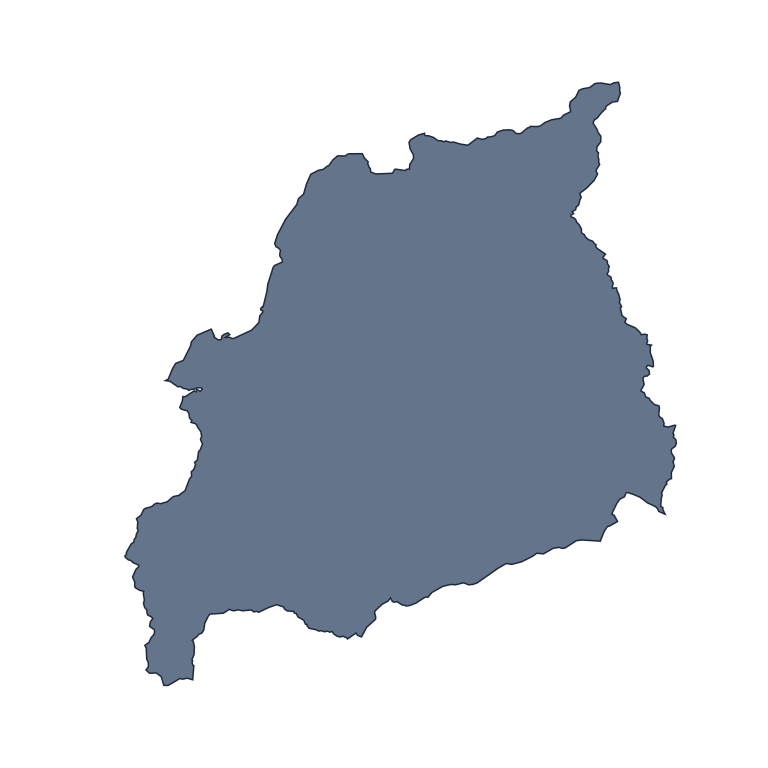 outline of Reghiu, Vrancea, Romania, rotated 348°
{"feature_id": "2599482B22331629819440", "entity_name": "Reghiu", "entity_type": "district", "adm_level": 2, "iso_a3": "ROU", "parent_name": "Romania", "parent_adm1": "Vrancea", "projection": "natural_earth1", "projection_center": [26.855, 45.811], "detail": "fine", "context": "isolated", "style": "filled", "palette": "slate", "viewbox_px": 768, "rotation_deg": 348, "n_neighbors": 0, "source": "geoboundaries", "source_scale": "gbopen_adm2", "svg_char_len": 6154}
<svg xmlns="http://www.w3.org/2000/svg" viewBox="0 0 768 768"><g transform="rotate(348 384 384)"><path d="M457.6,587.8L466.1,585.0L471.6,587.0L481.8,586.5L493.8,583.3L498.2,581.3L504.7,583.3L515.2,579.9L521.3,580.2L524.2,581.9L527.2,582.0L539.5,577.3L544.7,577.6L562.9,582.7L568.6,574.1L572.7,570.0L575.3,569.8L583.9,567.0L581.9,560.5L579.8,558.5L587.0,549.1L590.8,545.6L595.7,544.4L598.2,540.8L599.7,540.8L604.6,543.6L610.9,548.0L617.2,555.2L623.9,560.2L625.6,562.8L626.2,565.7L631.9,569.8L630.6,564.6L631.1,563.0L629.3,561.0L631.4,553.7L632.9,550.7L633.0,548.1L637.9,541.9L639.9,540.7L639.8,538.6L643.9,536.3L645.5,536.4L646.6,530.5L650.8,524.9L650.6,520.1L652.5,517.6L652.7,516.2L650.9,511.6L651.1,508.7L652.2,507.1L655.8,505.6L657.7,502.7L657.9,499.3L656.0,496.1L657.1,494.1L656.4,492.4L660.7,485.2L659.3,484.7L653.1,485.2L648.9,483.3L649.8,480.5L649.1,475.8L646.6,473.2L646.4,471.1L648.4,464.8L648.4,462.5L644.2,460.3L641.0,455.4L640.3,453.0L637.4,451.2L636.7,446.6L634.0,444.5L634.1,443.6L638.4,438.4L638.3,433.6L638.8,431.8L640.4,430.5L642.9,431.0L645.8,429.4L646.1,425.8L643.9,422.9L644.4,421.7L646.0,420.5L650.4,423.1L651.3,422.7L652.0,417.3L651.0,408.8L652.3,402.6L653.7,401.6L649.4,399.8L649.3,398.9L650.9,396.7L650.6,393.7L651.7,390.7L649.6,389.5L645.8,389.2L645.0,386.4L641.5,381.3L634.1,376.1L632.4,373.6L634.6,370.6L631.1,366.8L631.0,358.5L632.5,357.9L631.2,353.0L632.5,350.7L632.3,345.4L631.2,340.7L631.4,338.3L627.5,337.8L627.5,336.4L629.0,333.5L628.9,331.3L628.1,329.8L628.2,326.5L625.1,323.6L625.5,322.2L627.1,320.6L627.6,317.7L628.8,315.9L627.6,312.8L628.0,310.3L627.6,309.4L624.4,306.7L624.7,305.6L627.6,303.0L620.5,295.5L619.7,293.4L620.4,291.9L619.2,290.8L617.8,287.7L614.2,285.4L611.6,282.1L611.1,279.6L609.0,277.6L608.7,276.0L609.4,273.5L607.9,268.6L606.1,265.8L605.7,263.1L604.6,261.3L601.6,259.2L602.1,257.6L604.9,256.8L604.1,254.5L607.6,253.4L608.9,250.8L611.6,249.4L613.9,244.7L615.7,242.4L615.0,238.3L623.5,234.2L632.0,228.4L636.6,223.0L635.7,220.0L636.4,218.4L640.6,214.1L640.1,211.3L640.8,209.5L640.6,205.5L641.9,202.5L640.6,200.6L641.4,196.5L646.4,192.1L647.6,186.7L645.8,182.6L645.2,178.8L642.8,172.4L644.4,169.5L647.8,168.3L652.9,164.0L658.0,160.8L658.9,158.5L666.2,155.7L671.2,156.1L675.7,148.7L675.5,145.9L676.3,143.2L676.1,137.6L671.6,137.2L667.7,138.2L658.8,134.7L654.2,134.0L652.3,134.2L646.8,136.8L639.8,136.5L635.8,137.3L631.1,143.3L624.9,146.7L623.3,150.5L623.3,155.6L622.7,156.6L615.6,158.3L612.1,160.8L603.1,160.4L596.1,161.6L590.5,164.1L587.1,164.0L580.6,162.4L579.9,163.3L577.8,163.3L570.6,167.1L569.1,167.4L565.5,166.5L562.8,162.8L559.8,161.5L553.3,160.4L547.3,161.1L543.9,164.1L539.4,164.5L536.9,163.9L534.1,165.2L530.5,165.0L526.4,162.8L515.7,167.9L508.6,165.2L502.4,161.8L499.3,161.5L495.0,159.1L493.1,159.6L490.8,158.1L487.3,157.1L483.7,153.1L479.0,150.4L476.3,149.8L475.5,148.8L475.8,147.2L469.5,147.6L460.9,150.6L458.7,152.8L458.4,159.1L460.4,166.2L459.6,169.8L454.9,174.6L453.5,179.0L450.8,178.7L449.1,179.6L440.2,176.3L439.1,176.3L436.4,179.4L435.4,179.5L419.5,176.8L415.1,173.8L415.4,170.2L414.6,169.2L413.9,164.9L414.7,163.5L411.8,158.8L410.7,154.2L398.1,151.6L396.1,151.6L393.6,152.9L386.1,151.2L380.8,154.0L375.2,159.1L373.9,159.0L369.3,161.4L364.4,161.3L356.0,163.6L349.6,172.5L344.9,181.4L338.8,185.0L336.1,190.2L321.9,202.5L310.8,215.9L306.2,224.0L307.0,227.3L309.2,229.3L310.5,231.7L308.9,235.8L308.8,237.7L310.4,241.3L309.8,243.6L301.7,245.3L299.8,246.9L291.1,262.2L288.6,269.3L281.8,283.4L281.0,283.1L279.0,284.6L279.0,286.2L280.6,287.2L280.4,288.6L276.7,291.4L274.5,297.8L265.7,303.8L246.5,308.2L244.8,307.9L242.6,306.2L238.6,305.5L243.4,303.6L241.9,301.5L237.9,302.2L235.4,303.4L234.2,306.6L231.1,306.5L227.5,302.7L228.1,302.0L226.4,294.4L211.3,297.4L204.3,302.8L202.6,306.7L192.6,319.2L184.5,320.5L180.3,325.1L174.0,334.3L170.9,335.2L175.1,336.8L181.7,343.8L184.6,344.3L186.7,346.6L190.3,348.0L191.8,349.7L194.3,349.1L197.1,349.7L199.8,348.9L203.9,349.5L205.4,351.0L203.0,352.9L199.7,350.5L198.5,352.6L196.8,351.3L186.5,355.2L184.7,354.4L183.3,358.5L179.3,364.5L180.4,366.4L185.9,369.3L187.0,372.0L186.7,377.0L188.5,379.6L187.2,381.4L191.2,383.5L192.5,385.5L192.6,387.4L195.0,392.6L194.7,397.3L193.0,400.0L193.9,405.0L190.6,410.1L188.6,411.5L185.6,419.5L182.4,421.3L183.0,423.2L181.3,426.4L179.8,428.3L177.2,429.8L176.7,434.2L173.9,436.6L167.1,447.1L161.6,449.4L160.8,450.3L154.5,450.3L147.2,454.2L140.6,454.6L137.1,453.2L134.5,453.8L131.1,455.7L124.8,456.0L122.7,456.9L119.2,461.7L113.8,464.3L114.5,467.5L112.6,474.1L113.2,476.3L110.7,479.1L109.2,482.7L107.4,483.9L106.4,486.6L103.3,488.0L97.0,495.1L96.5,497.6L94.8,498.2L95.0,499.8L97.4,502.9L99.5,503.8L101.5,506.7L106.4,510.2L106.1,511.8L102.8,513.8L97.9,520.5L99.0,526.0L98.0,530.3L98.6,531.8L102.4,535.2L105.9,536.8L105.0,538.7L104.7,545.5L103.2,548.3L103.3,551.9L103.9,554.0L105.1,555.7L104.5,558.9L105.1,561.2L107.9,563.2L109.1,565.2L105.8,568.3L104.3,572.3L108.4,576.8L107.4,580.7L103.5,583.7L100.3,587.9L95.7,589.9L96.5,593.0L94.7,603.7L95.5,607.6L94.7,611.8L91.7,614.2L94.4,618.1L101.1,619.3L105.2,623.9L106.0,633.0L110.1,634.0L123.4,629.6L125.2,630.8L130.5,630.9L135.4,633.6L139.4,620.0L138.8,619.7L138.3,616.9L139.3,614.8L138.7,613.9L141.9,609.3L143.9,601.7L143.9,595.9L143.1,594.8L148.6,592.1L150.7,590.4L154.0,589.8L156.5,587.3L159.0,580.7L163.9,574.5L165.9,572.9L179.2,574.8L185.8,572.3L189.6,574.6L194.7,574.6L198.4,576.4L207.3,577.5L209.1,579.8L212.1,579.9L214.1,581.2L224.5,578.7L233.1,577.5L239.6,581.4L239.7,583.2L242.2,585.9L248.2,587.6L248.7,589.5L250.5,590.3L251.4,594.0L256.4,598.4L257.2,602.6L258.6,603.1L258.5,604.5L259.9,607.4L266.4,610.2L269.0,612.2L270.9,612.1L274.6,614.1L277.0,613.8L279.3,615.4L281.9,615.4L282.9,618.1L285.7,621.0L288.7,622.4L291.3,622.1L295.0,624.8L295.3,625.8L304.9,621.8L306.0,624.5L309.4,626.7L316.6,618.3L326.8,612.4L327.4,610.6L327.3,605.3L328.3,604.0L336.3,599.1L342.9,597.1L345.9,594.6L347.0,598.5L348.4,599.5L351.5,599.6L355.8,603.9L358.5,604.8L359.4,605.8L363.0,606.0L369.6,605.0L380.0,601.0L382.7,601.7L387.5,597.9L399.6,594.1L407.6,594.0L412.4,595.3L420.5,595.0L425.0,598.0L429.5,598.5L433.9,597.9L457.6,587.8Z" fill="#64748b" stroke="#1e293b" stroke-width="1.5"/></g></svg>